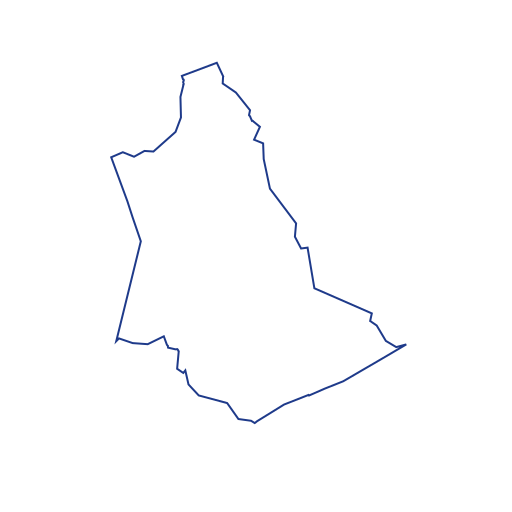 the district of Burke, North Carolina, United States of America, rotated 28°
{"feature_id": "52423323B91095890674954", "entity_name": "Burke", "entity_type": "district", "adm_level": 2, "iso_a3": "USA", "parent_name": "United States of America", "parent_adm1": "North Carolina", "projection": "orthographic", "projection_center": [-81.741, 35.779], "detail": "fine", "context": "isolated", "style": "outline", "palette": "blue", "viewbox_px": 512, "rotation_deg": 28, "n_neighbors": 0, "source": "geoboundaries", "source_scale": "gbopen_adm2", "svg_char_len": 1302}
<svg xmlns="http://www.w3.org/2000/svg" viewBox="0 0 512 512"><g transform="rotate(28 256 256)"><path d="M430.2,263.5L422.6,270.6L410.5,270.0L395.2,260.7L387.3,259.8L385.2,252.3L322.7,257.1L297.6,224.4L292.3,228.2L281.3,220.7L276.1,208.4L236.7,190.0L217.3,166.8L209.4,153.2L199.7,154.2L198.8,140.1L190.3,138.4L189.8,138.2L189.4,138.2L189.1,138.2L188.9,138.5L186.0,136.2L185.5,135.8L185.3,135.5L184.7,135.3L184.0,135.1L183.7,134.9L182.3,130.1L161.5,121.1L145.6,119.3L142.9,113.5L142.8,113.2L142.8,112.9L130.7,103.8L108.2,129.3L107.9,129.6L106.0,131.8L108.6,134.3L109.2,134.2L109.6,134.5L109.9,135.2L110.0,136.6L110.2,136.9L111.4,138.0L111.5,138.4L111.4,139.2L111.7,139.4L114.6,151.0L124.7,168.9L126.7,184.2L116.4,211.9L108.2,215.6L101.7,225.6L89.7,226.9L81.8,236.8L99.9,253.0L116.7,268.0L128.7,279.6L147.4,297.1L172.6,396.8L173.7,393.1L188.0,390.8L201.8,384.7L212.3,370.2L219.1,376.3L220.4,376.7L220.6,377.2L221.0,377.7L221.4,378.2L228.4,376.3L229.2,376.0L230.1,375.2L230.4,375.2L231.1,375.5L232.0,376.3L232.5,376.4L239.3,392.6L246.7,393.4L247.3,390.2L256.7,401.1L270.9,406.0L299.6,399.4L317.0,408.2L329.0,403.8L333.3,404.1L333.8,403.1L334.5,401.4L350.5,374.0L367.6,354.0L368.3,354.3L379.0,340.8L391.8,325.7L395.4,319.9L415.9,286.8L430.2,263.5Z" fill="none" stroke="#1e3a8a" stroke-width="2"/></g></svg>